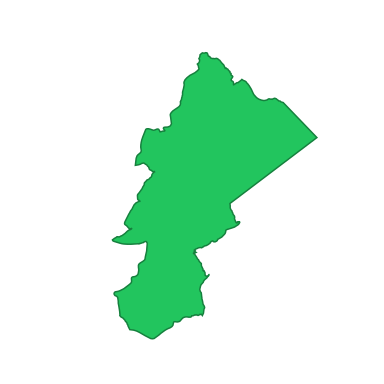 Turkana Central, Rift Valley, Kenya, rotated 53°
{"feature_id": "3690345B27917723778047", "entity_name": "Turkana Central", "entity_type": "district", "adm_level": 2, "iso_a3": "KEN", "parent_name": "Kenya", "parent_adm1": "Rift Valley", "projection": "mercator", "projection_center": [35.914, 3.132], "detail": "fine", "context": "isolated", "style": "filled", "palette": "green", "viewbox_px": 384, "rotation_deg": 53, "n_neighbors": 0, "source": "geoboundaries", "source_scale": "gbopen_adm2", "svg_char_len": 6026}
<svg xmlns="http://www.w3.org/2000/svg" viewBox="0 0 384 384"><g transform="rotate(53 192 192)"><path d="M224.0,168.6L223.7,59.5L175.9,65.3L175.5,65.3L173.5,66.8L172.4,66.9L171.3,68.0L170.5,68.0L169.5,68.4L168.3,68.6L166.9,69.5L166.8,70.1L166.4,70.7L166.2,72.3L165.6,72.6L165.4,73.1L165.0,73.5L164.4,73.9L163.7,74.9L163.6,76.8L162.8,78.6L162.2,79.6L160.5,81.2L158.0,82.8L156.0,83.5L155.0,83.7L151.4,84.0L149.2,83.6L145.6,82.8L141.6,82.4L138.9,82.4L138.2,82.6L136.6,82.5L135.3,82.9L133.9,83.8L132.1,84.4L132.3,85.8L132.3,88.4L132.5,89.1L131.7,90.4L131.5,94.2L131.3,94.3L130.3,93.5L129.0,92.8L127.9,92.9L126.8,93.5L126.1,93.3L125.5,92.7L124.8,90.7L124.4,90.0L123.7,89.9L122.5,90.3L121.8,90.3L121.2,89.7L120.8,89.5L119.7,89.8L119.0,89.7L118.6,89.2L117.0,89.6L115.3,89.5L114.4,90.1L113.5,90.1L113.2,90.4L113.2,91.0L109.7,90.2L106.6,90.6L103.5,90.6L102.5,91.0L101.7,91.1L100.2,91.8L100.0,92.0L99.1,93.8L98.1,94.7L97.7,95.4L96.2,96.4L95.6,96.5L94.6,96.3L94.3,96.4L93.5,97.1L93.0,97.1L91.1,96.4L89.9,96.3L88.9,97.3L88.6,98.4L88.0,99.2L87.1,100.0L87.1,101.4L87.3,103.1L88.3,103.9L89.2,105.2L89.7,106.3L91.1,106.4L92.4,107.7L93.0,108.9L93.0,110.7L93.5,110.9L94.4,110.8L95.0,111.0L96.5,111.8L97.7,112.2L98.0,112.5L98.4,114.5L98.5,117.9L97.6,123.4L97.7,127.2L98.2,130.0L99.2,131.9L100.0,132.8L100.3,133.0L101.0,133.2L102.3,134.3L104.4,136.7L106.5,139.4L109.0,141.3L109.3,142.0L110.0,142.6L110.7,143.7L111.8,144.7L112.2,145.8L112.7,146.3L112.9,147.0L113.6,147.3L113.9,147.7L114.5,147.9L115.5,149.2L116.0,150.9L116.0,152.4L115.7,158.2L116.1,160.8L116.8,162.4L117.4,163.0L119.5,164.1L125.1,167.3L125.5,168.0L126.1,169.4L126.1,170.2L125.7,171.8L125.2,172.8L124.0,174.5L123.5,175.6L123.6,176.1L123.9,176.5L124.3,176.7L126.6,176.7L126.8,177.1L126.6,177.6L125.9,178.5L124.9,181.1L124.7,181.3L124.4,181.4L123.6,181.0L121.8,180.9L121.1,181.4L120.6,182.3L120.1,184.3L119.7,185.3L119.3,185.8L116.6,187.6L115.4,188.6L114.6,189.6L114.3,190.2L114.2,190.7L114.2,191.3L118.5,198.3L120.3,200.9L121.8,202.7L123.4,204.3L125.3,205.9L128.4,207.6L128.9,208.1L129.4,208.9L129.6,209.8L129.8,213.2L130.1,214.2L131.4,216.2L136.6,221.2L138.2,218.1L138.8,216.2L138.9,215.0L139.6,213.5L139.9,213.0L141.9,212.4L142.9,211.9L143.4,211.8L144.5,211.9L145.9,211.6L148.4,212.4L148.7,212.3L149.6,211.9L150.5,211.3L151.7,211.3L152.5,210.7L153.0,209.7L153.4,209.8L153.2,210.6L153.8,213.1L154.3,213.9L155.0,214.5L155.5,215.5L155.4,216.9L155.7,218.0L155.8,219.0L155.3,220.7L155.7,222.2L156.0,224.3L156.3,224.8L157.1,225.5L157.7,226.3L158.4,228.3L159.3,229.8L160.9,235.0L161.2,236.5L161.5,237.2L162.1,237.8L165.0,239.7L165.8,239.8L167.0,239.2L168.0,239.1L168.1,239.3L167.6,239.9L167.4,240.4L167.4,241.3L167.0,243.2L167.4,245.9L168.8,248.8L169.6,250.3L170.2,252.6L171.2,254.6L171.6,255.7L175.4,263.4L176.2,264.5L176.7,264.9L177.2,265.1L177.7,265.1L179.6,264.5L182.7,264.3L183.3,264.1L184.1,263.5L184.5,263.0L184.7,262.2L184.9,262.2L185.0,262.3L185.1,263.5L184.5,264.7L184.4,265.8L184.4,267.4L184.8,270.5L184.7,274.2L184.3,275.5L184.2,276.9L183.7,277.6L183.1,278.2L182.6,278.8L182.6,279.2L182.6,280.6L182.3,281.9L182.4,283.0L182.3,284.3L182.5,284.4L183.1,284.6L183.7,284.4L184.5,284.0L189.3,280.5L191.2,279.0L192.5,277.7L194.8,275.0L196.8,272.4L201.1,265.9L201.6,265.6L201.6,264.7L202.0,264.3L202.7,262.1L203.1,261.4L203.2,260.9L203.0,260.1L203.7,258.6L204.3,258.3L205.7,258.5L206.5,259.0L211.9,263.8L215.7,268.3L217.2,269.8L217.7,270.6L217.8,271.7L217.8,273.2L217.5,276.1L217.7,278.0L218.3,278.9L218.8,279.3L220.5,280.5L221.1,280.7L222.6,281.8L224.5,283.8L225.1,284.6L225.3,285.0L225.5,286.1L225.4,287.8L225.0,288.8L224.1,290.4L224.0,291.3L224.1,291.8L224.6,292.4L227.0,294.0L227.8,294.9L228.1,296.5L228.2,298.9L228.2,304.8L227.4,309.2L226.8,310.9L225.6,313.3L225.5,314.0L225.6,314.4L226.0,315.2L227.1,315.8L228.4,315.8L229.9,314.9L231.5,314.8L234.5,316.4L236.6,317.9L239.1,319.1L243.6,321.5L246.8,323.5L247.2,324.0L248.4,324.0L249.1,323.9L251.0,323.0L251.4,323.0L254.1,322.7L255.4,323.0L256.5,322.7L257.4,322.8L258.7,323.3L259.3,323.2L260.8,323.8L264.5,324.5L267.2,321.7L269.7,319.9L272.6,318.4L278.3,316.0L283.5,313.5L284.3,313.1L285.5,311.8L286.2,310.4L286.3,304.4L286.1,301.8L286.2,296.3L286.6,293.6L287.3,291.0L287.4,289.0L287.0,287.5L285.2,285.4L284.9,284.9L284.9,284.3L285.4,283.6L286.7,282.2L287.2,281.5L287.7,280.3L287.9,279.5L287.1,275.6L287.2,274.1L287.8,272.5L288.5,271.4L290.1,269.8L291.0,268.5L291.2,267.5L290.7,266.7L291.4,265.8L291.8,264.4L291.7,264.0L292.5,263.1L292.4,262.7L292.5,262.5L292.9,262.5L293.3,261.9L294.2,261.5L294.5,260.3L294.5,259.2L295.1,258.8L295.2,258.2L295.6,258.1L296.9,258.1L295.7,255.8L292.8,253.0L292.4,252.1L291.7,251.3L290.4,250.9L288.3,250.7L285.4,249.2L283.1,248.3L281.7,247.3L281.0,247.1L280.4,246.6L278.1,245.3L276.3,245.2L274.4,244.4L272.2,241.7L271.5,240.5L270.9,237.5L270.0,236.0L269.8,235.2L269.6,233.8L269.6,232.2L269.1,230.6L269.0,229.5L268.6,228.5L268.3,228.2L268.2,228.2L268.2,228.5L268.5,229.2L268.5,229.8L268.3,230.7L267.5,231.3L266.6,231.7L263.9,230.0L263.0,230.1L262.4,229.8L261.9,229.8L261.8,230.4L261.4,230.5L260.1,229.6L256.6,228.9L254.7,227.6L251.9,228.0L250.0,227.6L248.8,227.9L247.4,227.6L243.3,227.3L242.8,227.4L242.1,227.8L241.9,227.7L242.4,226.6L242.7,225.1L241.8,225.5L241.1,226.3L240.9,226.0L241.0,225.0L240.9,224.8L240.2,225.2L239.9,225.2L239.7,225.0L239.9,223.0L240.3,221.6L240.5,220.3L241.4,218.7L242.4,217.8L242.4,216.4L242.7,215.8L242.5,214.6L243.2,213.3L243.4,212.7L243.7,210.7L243.7,208.7L243.6,207.9L243.1,207.3L243.3,205.4L243.6,204.8L244.5,204.8L245.1,204.4L245.8,203.3L246.0,202.1L246.0,201.0L245.3,200.1L245.9,195.4L245.3,191.4L245.0,190.5L244.4,189.5L243.8,188.8L243.1,188.3L242.9,187.6L243.0,186.7L245.0,181.0L245.6,179.1L245.9,174.6L245.7,173.8L245.1,172.3L244.6,172.0L244.3,172.0L243.3,173.4L243.2,173.8L243.7,174.2L243.7,174.4L243.7,174.8L243.4,175.1L243.0,175.2L240.7,174.7L238.8,174.1L238.1,173.3L236.9,172.6L234.6,172.6L232.9,172.0L231.9,171.9L231.2,171.5L229.6,171.6L228.4,171.3L227.6,171.0L225.9,169.7L224.1,168.7L224.0,168.6Z" fill="#22c55e" stroke="#15803d" stroke-width="1.5"/></g></svg>